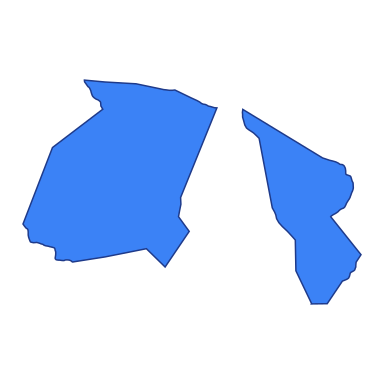 outline of Santa Ana, Francisco Morazán, Honduras
{"feature_id": "27666195B74591275827965", "entity_name": "Santa Ana", "entity_type": "district", "adm_level": 2, "iso_a3": "HND", "parent_name": "Honduras", "parent_adm1": "Francisco Morazán", "projection": "orthographic", "projection_center": [-87.221, 13.924], "detail": "fine", "context": "isolated", "style": "filled", "palette": "blue", "viewbox_px": 384, "rotation_deg": 0, "n_neighbors": 0, "source": "geoboundaries", "source_scale": "gbopen_adm2", "svg_char_len": 5390}
<svg xmlns="http://www.w3.org/2000/svg" viewBox="0 0 384 384"><path d="M84.4,80.1L84.4,80.4L84.4,80.7L84.5,81.1L84.5,81.4L84.6,81.6L84.6,81.8L84.7,82.0L84.8,82.2L85.2,82.7L85.7,83.4L87.1,85.4L87.6,86.1L87.9,86.5L88.1,86.7L88.2,86.8L88.3,86.8L88.5,87.0L88.8,87.2L89.0,87.3L89.2,87.6L89.4,87.9L89.7,88.3L89.8,88.7L90.1,89.1L90.3,89.6L90.5,90.1L90.7,90.5L90.8,90.8L90.9,91.1L91.1,92.1L91.4,93.0L91.6,93.8L92.0,94.7L92.2,95.4L92.4,95.7L92.6,96.1L92.7,96.3L92.8,96.4L93.0,96.6L93.2,96.8L93.4,97.1L93.7,97.3L93.9,97.6L94.2,97.8L94.9,98.3L95.1,98.5L95.5,98.7L95.8,98.9L96.0,99.1L96.3,99.2L96.5,99.3L97.1,99.5L97.4,99.6L97.6,99.7L97.8,99.8L98.0,99.9L98.2,100.0L98.9,100.5L99.3,100.8L99.5,101.0L100.0,101.4L100.3,101.7L100.3,101.8L100.4,102.0L100.5,102.2L100.6,102.4L100.6,102.7L100.7,103.4L100.8,104.7L100.8,105.2L100.9,105.7L101.0,106.1L101.0,106.3L101.3,106.6L101.5,107.0L101.7,107.3L101.8,107.5L102.1,108.1L102.2,108.3L102.3,108.5L102.5,108.8L102.8,109.2L52.5,147.5L23.0,224.0L23.4,224.6L23.7,225.0L23.9,225.3L24.0,225.5L25.0,226.8L25.4,227.3L25.7,227.7L26.1,228.1L26.4,228.3L26.5,228.4L26.7,228.5L26.8,228.6L27.1,228.7L27.3,228.8L27.5,229.0L27.7,229.3L27.8,229.5L27.9,229.8L27.9,230.0L28.0,230.3L28.1,230.6L28.1,231.0L28.2,232.0L28.2,232.7L28.2,233.5L28.2,233.8L28.2,234.8L28.2,235.1L28.3,235.4L28.3,235.6L28.4,236.2L28.5,236.6L28.6,237.2L28.8,237.7L29.0,238.4L29.3,239.2L29.5,239.8L29.8,240.5L29.9,240.8L30.2,241.4L30.3,241.7L30.4,241.8L30.5,241.9L30.7,242.0L30.9,242.1L31.1,242.2L31.6,242.3L32.1,242.4L32.9,242.6L33.5,242.7L33.9,242.7L34.9,242.6L35.3,242.6L35.9,242.5L36.2,242.4L36.5,242.4L36.7,242.5L36.9,242.5L37.4,242.6L37.8,242.7L38.1,242.8L38.8,243.0L39.4,243.2L40.0,243.4L40.4,243.6L40.8,243.8L41.2,243.9L41.5,244.0L42.0,244.1L42.4,244.2L42.6,244.3L42.9,244.4L43.1,244.5L43.3,244.6L43.6,244.9L43.7,245.0L43.9,245.1L44.1,245.2L44.2,245.3L44.4,245.3L44.8,245.5L45.4,245.7L45.7,245.8L45.9,245.8L46.2,245.9L47.0,246.0L47.6,246.1L48.1,246.2L48.5,246.3L48.8,246.4L49.1,246.4L49.5,246.6L49.9,246.7L50.2,246.8L51.0,246.9L51.6,247.1L52.6,247.3L53.4,247.6L53.8,247.7L54.1,247.8L54.3,247.9L54.4,248.0L54.5,248.1L54.7,248.3L54.8,248.5L54.9,249.0L55.0,249.4L55.1,249.9L55.2,250.3L55.2,250.6L55.3,250.8L55.4,251.1L55.5,251.3L55.6,251.5L55.7,251.9L55.7,252.3L55.7,253.1L55.7,254.3L55.6,255.2L55.4,256.6L55.2,257.6L55.2,258.0L55.2,258.3L55.2,258.5L55.3,258.8L55.4,259.0L55.6,259.2L55.7,259.3L55.9,259.5L56.1,259.7L56.3,259.8L56.5,259.8L57.4,260.0L58.2,260.1L59.5,260.1L59.9,260.2L60.8,260.3L62.0,260.5L62.4,260.5L62.6,260.5L63.3,260.6L63.8,260.5L64.1,260.5L64.4,260.4L64.5,260.4L64.8,260.2L65.0,260.1L65.5,260.0L65.9,259.9L66.2,259.9L67.0,259.9L67.4,259.9L68.4,260.0L69.0,260.1L69.3,260.1L69.6,260.2L70.3,260.5L71.1,260.9L71.3,261.0L71.6,261.3L71.9,261.6L72.0,261.7L72.2,261.8L72.5,261.9L72.6,262.0L72.8,262.0L73.0,262.0L73.2,261.9L105.1,256.9L146.4,248.7L164.8,266.7L165.1,267.0L189.2,231.4L178.5,216.7L179.5,211.2L180.2,207.7L180.9,204.3L180.6,197.5L216.9,107.9L214.4,107.7L212.4,107.1L210.4,106.5L208.4,106.1L206.6,105.0L205.1,104.4L203.4,104.2L201.6,103.5L199.8,102.1L197.1,100.6L191.2,97.9L174.9,90.0L172.3,90.3L169.3,90.3L166.5,89.9L163.7,89.6L159.6,88.7L136.1,83.8L105.0,82.0L84.4,80.1ZM242.8,109.4L242.4,112.5L242.6,114.5L242.6,117.1L243.6,120.5L244.8,125.0L246.5,128.0L248.5,129.6L251.3,131.4L253.5,132.9L256.5,135.7L259.1,138.3L272.3,207.9L274.6,212.0L275.8,214.9L276.6,218.7L278.9,222.7L282.3,226.5L287.4,231.3L292.2,236.5L295.3,240.0L295.9,270.8L311.5,303.4L311.3,303.9L327.2,303.7L342.4,281.1L344.7,280.2L347.0,279.2L348.5,278.2L349.4,276.5L349.9,274.6L350.2,273.2L351.0,272.3L352.5,271.5L353.9,270.7L354.8,269.8L355.2,268.4L355.8,267.0L355.8,265.4L356.1,262.2L361.0,254.7L330.7,216.7L331.1,216.2L331.5,215.8L331.7,215.7L332.0,215.5L333.2,214.7L333.7,214.4L334.5,214.0L335.1,213.7L335.9,213.2L336.4,212.9L336.6,212.8L336.9,212.5L337.8,211.9L338.0,211.7L338.4,211.4L338.8,210.8L339.2,210.5L339.4,210.3L339.7,210.0L340.1,209.7L340.6,209.4L340.9,209.2L341.3,209.0L341.6,208.8L341.9,208.7L342.2,208.6L342.5,208.5L342.7,208.4L343.0,208.3L343.3,208.2L343.5,208.1L343.7,207.9L344.0,207.7L344.4,207.4L344.5,207.2L344.8,206.9L345.1,206.3L345.3,205.9L345.6,205.4L345.8,204.9L346.1,204.3L346.3,203.7L346.4,203.4L346.6,203.2L346.8,202.7L347.8,201.2L348.1,200.6L348.6,199.9L349.0,199.3L349.2,199.1L349.4,198.6L349.6,198.3L349.8,197.9L350.0,197.6L350.5,196.0L350.9,195.1L351.4,193.5L351.7,192.8L351.9,192.2L352.3,191.5L352.5,191.0L352.7,190.4L352.9,189.8L353.0,189.5L353.1,189.1L353.2,188.6L353.2,188.3L353.3,188.1L353.3,187.5L353.3,187.2L353.2,186.0L353.2,184.9L353.1,184.1L353.1,183.2L353.0,182.8L353.0,182.7L352.9,182.5L352.8,182.3L352.7,182.1L352.5,181.8L352.4,181.6L352.3,181.3L352.1,181.0L351.3,178.2L350.9,177.0L350.8,176.8L350.7,176.5L350.6,176.4L350.3,176.1L350.2,176.0L350.0,175.9L349.9,175.9L349.7,175.8L348.9,175.5L348.3,175.3L346.9,174.8L346.6,174.7L346.4,174.6L346.2,174.4L346.0,174.2L345.9,174.1L345.9,173.8L345.8,173.6L345.7,173.3L345.7,173.0L345.7,172.8L345.7,172.4L345.7,171.7L345.7,171.3L345.7,170.7L345.6,170.3L345.5,169.4L345.4,168.8L345.4,168.6L345.3,168.3L345.1,167.7L344.7,167.0L344.5,166.5L344.4,166.3L344.3,166.2L344.1,165.9L344.0,165.7L343.9,165.6L343.7,165.5L343.5,165.3L343.2,165.1L342.9,164.9L342.6,164.7L342.4,164.6L339.9,164.3L338.3,163.1L335.8,161.9L332.7,161.0L329.7,160.3L326.1,159.1L322.5,157.9L242.8,109.4Z" fill="#3b82f6" stroke="#1e3a8a" stroke-width="1.5"/></svg>